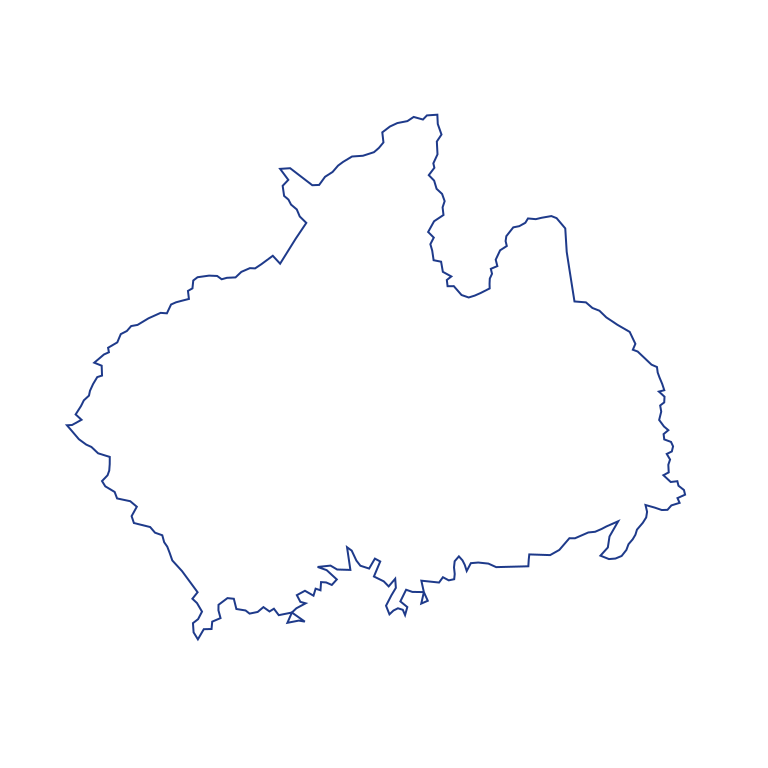 the district of Chapada, Rio Grande do Sul, Brazil, rotated 96°
{"feature_id": "56859067B28093321381872", "entity_name": "Chapada", "entity_type": "district", "adm_level": 2, "iso_a3": "BRA", "parent_name": "Brazil", "parent_adm1": "Rio Grande do Sul", "projection": "mercator", "projection_center": [-53.106, -28.094], "detail": "fine", "context": "isolated", "style": "outline", "palette": "blue", "viewbox_px": 768, "rotation_deg": 96, "n_neighbors": 0, "source": "geoboundaries", "source_scale": "gbopen_adm2", "svg_char_len": 3903}
<svg xmlns="http://www.w3.org/2000/svg" viewBox="0 0 768 768"><g transform="rotate(96 384 384)"><path d="M620.9,451.7L616.2,447.7L610.3,439.0L609.4,444.4L603.1,448.6L597.9,441.0L601.9,432.0L594.7,430.6L595.8,425.6L587.6,425.9L587.4,420.8L589.3,414.9L583.3,410.5L575.1,421.6L572.9,430.9L570.2,418.2L573.4,411.2L572.4,398.0L550.2,403.7L553.1,398.7L562.5,393.0L567.2,388.5L569.1,379.5L558.6,374.8L560.9,369.2L576.5,373.9L580.3,363.6L584.8,358.2L576.5,352.5L585.5,350.9L593.5,354.6L604.3,358.8L612.5,354.5L608.3,350.9L605.6,346.7L606.6,341.7L611.6,338.9L603.4,337.5L598.5,345.0L586.3,340.5L587.8,334.1L586.8,322.6L575.7,326.3L575.7,308.5L570.0,305.2L572.5,299.1L570.8,293.8L565.6,293.8L559.1,295.2L552.9,295.2L547.6,291.5L551.2,287.5L555.4,284.8L561.3,282.2L553.1,278.9L551.7,271.6L551.7,261.4L554.4,253.3L550.2,221.4L543.5,221.7L538.3,221.7L536.8,200.9L530.7,192.3L518.0,183.5L517.5,178.0L510.3,165.3L508.9,158.6L505.4,152.4L502.4,147.9L496.0,136.7L512.1,143.8L523.2,144.3L532.1,150.8L534.6,142.0L533.4,135.6L530.2,129.7L523.7,125.6L517.8,124.1L512.4,120.4L507.6,118.2L502.4,117.2L495.0,112.1L489.3,109.3L483.6,109.0L477.0,111.3L478.6,102.0L480.3,94.5L479.5,88.9L474.7,85.5L471.3,77.6L466.8,80.2L462.6,73.0L458.1,74.6L454.4,80.5L450.0,82.1L451.5,88.6L445.5,96.6L442.1,91.6L434.6,92.8L429.2,91.6L424.0,95.5L421.0,90.7L415.8,90.0L411.6,92.5L409.8,99.5L404.6,100.7L400.2,96.4L397.0,101.1L391.0,106.6L382.5,105.4L376.5,107.1L373.0,103.4L367.3,103.7L362.8,109.8L360.9,104.6L354.9,107.3L348.7,110.7L344.0,113.0L338.6,114.3L336.8,120.0L325.2,135.1L323.9,140.1L317.8,138.2L306.5,145.1L300.7,158.1L294.5,169.9L288.6,177.4L286.6,184.7L281.7,191.7L282.0,203.2L249.8,211.8L233.5,216.1L210.3,220.0L201.0,229.7L199.5,235.1L202.2,244.6L204.2,250.3L204.3,258.1L208.9,260.3L212.9,266.0L214.7,271.8L224.2,277.8L229.2,278.0L233.9,276.3L238.9,282.5L248.7,285.9L254.9,283.6L258.3,289.8L263.1,288.1L268.1,289.8L273.3,289.5L277.9,288.9L283.4,297.4L286.6,303.0L289.1,308.8L287.4,316.2L279.4,324.8L280.1,331.0L274.0,332.4L270.0,328.3L266.3,337.2L256.4,340.0L255.7,347.6L246.3,350.0L240.1,352.5L233.2,349.8L228.2,356.0L216.9,351.2L209.7,342.5L202.2,344.2L195.8,342.8L188.9,346.1L184.4,352.1L176.5,355.4L171.6,361.3L163.7,356.5L159.4,358.0L150.0,354.8L137.3,356.8L129.9,352.9L119.8,357.7L110.6,359.1L112.4,369.4L116.9,372.9L115.3,382.4L120.1,388.2L123.1,398.0L127.3,405.0L133.9,412.0L143.8,409.8L149.8,413.8L154.5,418.2L159.2,428.8L161.1,439.6L167.3,447.8L171.6,452.5L178.5,457.3L184.1,464.3L192.8,469.3L193.8,476.1L179.2,499.9L180.9,509.8L191.0,500.5L197.5,505.5L207.4,503.0L210.6,498.3L215.3,495.2L219.5,489.0L226.2,485.3L231.9,478.1L248.7,487.0L275.2,499.9L268.1,508.0L277.7,518.5L282.5,524.3L282.8,529.5L287.4,537.6L293.5,542.8L294.8,551.3L296.8,556.4L294.0,561.2L294.5,569.3L297.3,580.6L301.0,584.5L308.9,584.5L311.9,588.7L319.8,586.9L322.2,593.4L324.5,599.4L327.2,604.1L336.4,607.3L336.6,613.6L343.3,625.1L351.0,635.3L352.8,641.5L358.2,645.3L361.9,651.0L370.5,653.6L376.8,662.2L381.2,660.9L383.9,665.6L393.1,674.4L395.3,666.7L405.1,665.3L407.1,669.9L414.4,673.3L421.5,675.7L426.4,676.2L431.6,680.8L437.5,683.0L446.5,687.5L451.2,681.1L457.4,690.0L458.2,695.0L462.6,690.3L470.8,681.7L475.4,673.8L477.2,668.4L482.8,661.1L485.2,649.1L492.3,648.4L498.8,648.2L503.7,649.4L510.0,654.3L514.9,650.5L519.5,640.6L525.7,637.5L527.1,624.1L531.9,617.0L541.8,621.2L548.4,618.2L550.7,601.6L555.8,596.2L557.6,588.7L564.3,586.1L568.5,582.5L574.6,579.4L581.6,576.1L591.2,565.3L610.6,547.6L617.6,552.1L621.4,547.1L629.4,541.2L637.3,544.3L641.8,549.0L650.9,547.4L657.4,542.4L646.7,537.6L645.7,529.9L638.3,530.0L633.9,522.1L626.4,525.0L620.9,525.5L613.3,517.3L613.3,510.9L623.2,507.3L623.7,498.0L626.4,493.7L623.9,485.8L618.5,480.6L622.2,474.1L619.0,470.0L624.9,464.5L620.9,451.7ZM620.9,451.7L631.6,455.1L628.2,444.0L628.6,437.9L620.9,451.7ZM586.8,322.6L598.5,324.0L595.0,317.8L586.8,322.6Z" fill="none" stroke="#1e3a8a" stroke-width="2"/></g></svg>